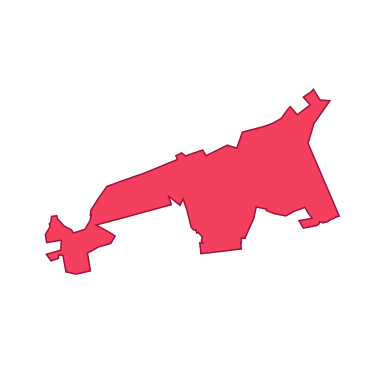 outline of Villa Pesqueira, Sonora, Mexico, rotated 255°
{"feature_id": "50627088B53796408252368", "entity_name": "Villa Pesqueira", "entity_type": "district", "adm_level": 2, "iso_a3": "MEX", "parent_name": "Mexico", "parent_adm1": "Sonora", "projection": "albers", "projection_center": [-110.005, 29.14], "detail": "fine", "context": "isolated", "style": "filled", "palette": "rose", "viewbox_px": 384, "rotation_deg": 255, "n_neighbors": 0, "source": "geoboundaries", "source_scale": "gbopen_adm2", "svg_char_len": 2426}
<svg xmlns="http://www.w3.org/2000/svg" viewBox="0 0 384 384"><g transform="rotate(255 192 192)"><path d="M209.4,316.6L209.7,316.6L210.0,316.6L210.3,316.8L210.5,317.2L210.8,317.7L211.2,318.1L226.6,327.5L227.6,328.7L238.8,342.1L244.5,348.8L247.8,339.4L259.8,335.8L257.6,332.5L256.5,328.6L254.8,324.1L245.5,328.7L239.4,313.7L249.0,309.0L247.6,306.7L247.4,306.4L245.9,304.5L240.0,297.2L237.4,287.4L236.7,279.3L236.7,277.9L236.7,277.2L236.8,260.2L236.8,256.2L222.8,246.6L228.1,238.3L223.4,215.1L229.8,213.1L228.9,199.4L228.5,195.1L232.5,192.0L231.8,188.8L231.2,185.8L227.2,186.3L225.6,174.0L224.7,167.3L222.9,153.2L222.3,148.3L222.0,141.9L220.6,124.3L219.4,111.2L209.4,99.2L203.6,93.0L200.6,89.5L195.8,87.8L195.9,88.8L190.5,85.9L190.1,85.4L183.7,79.0L183.1,66.9L186.5,65.8L192.3,59.6L200.7,55.3L204.1,55.2L204.8,50.0L199.5,47.8L198.2,45.9L195.2,45.9L188.8,39.3L180.8,38.5L179.2,53.3L169.8,50.2L169.5,35.2L161.9,38.0L162.5,45.8L165.6,46.8L164.4,50.9L147.4,49.6L142.7,58.8L142.4,65.3L142.1,73.5L160.0,75.2L160.3,76.4L163.2,87.8L163.2,94.1L163.3,100.2L169.4,106.4L174.9,101.3L175.1,101.0L176.1,100.1L184.9,90.8L184.9,99.4L184.9,99.9L184.9,124.0L185.0,135.7L185.0,141.9L185.0,146.3L185.1,168.7L193.9,168.4L182.2,176.9L187.4,181.6L176.1,182.4L174.7,182.4L163.8,182.2L157.9,182.1L155.4,183.6L155.2,183.7L154.7,184.0L154.5,185.8L151.0,186.0L151.3,187.6L145.8,190.3L142.3,188.3L140.0,189.3L140.9,186.3L139.4,186.1L137.4,185.8L137.2,185.8L136.2,185.6L135.7,185.6L131.7,184.9L130.2,184.5L129.7,188.0L129.4,189.8L128.9,191.5L128.4,196.3L126.6,208.2L126.3,210.0L124.9,220.9L124.2,224.9L130.1,225.8L129.9,226.4L134.7,227.7L133.5,231.3L135.1,232.0L135.3,232.5L139.1,235.5L150.6,244.9L161.0,250.2L158.4,255.1L157.9,256.1L156.8,258.3L156.1,259.5L154.8,259.1L154.3,259.8L152.6,262.1L150.7,264.6L149.2,267.1L145.4,274.8L144.6,276.5L144.7,276.8L145.1,278.4L146.0,282.1L146.2,282.6L146.6,284.2L146.9,285.4L147.0,286.2L147.1,287.2L147.3,289.9L147.4,291.5L148.0,297.1L143.1,298.3L136.9,300.5L136.6,300.7L135.7,301.0L135.4,301.1L136.7,287.9L128.3,290.2L127.6,299.4L127.3,303.7L127.8,304.2L127.8,305.3L127.8,305.6L128.0,306.0L128.6,306.7L128.8,306.8L130.2,307.5L128.3,310.7L128.1,311.0L128.7,311.6L128.2,313.3L128.1,314.4L129.2,318.4L129.7,319.6L129.6,321.2L129.9,322.5L130.7,324.8L130.5,328.0L161.1,323.6L168.9,322.4L175.0,321.6L176.1,321.4L182.0,320.6L183.8,320.3L186.0,320.0L209.4,316.6Z" fill="#f43f5e" stroke="#9f1239" stroke-width="1.5"/></g></svg>